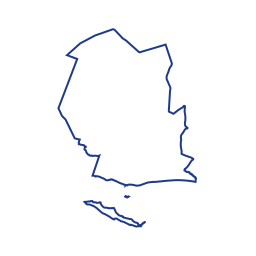 the district of Inhassoro, Inhambane, Mozambique, rotated 109°
{"feature_id": "85939544B58581363474884", "entity_name": "Inhassoro", "entity_type": "district", "adm_level": 2, "iso_a3": "MOZ", "parent_name": "Mozambique", "parent_adm1": "Inhambane", "projection": "equal_earth", "projection_center": [35.058, -21.718], "detail": "fine", "context": "isolated", "style": "outline", "palette": "blue", "viewbox_px": 256, "rotation_deg": 109, "n_neighbors": 0, "source": "geoboundaries", "source_scale": "gbopen_adm2", "svg_char_len": 5697}
<svg xmlns="http://www.w3.org/2000/svg" viewBox="0 0 256 256"><g transform="rotate(109 128 128)"><path d="M36.9,119.6L52.6,141.6L52.6,141.9L52.6,142.4L52.5,142.7L45.9,158.4L44.9,162.5L44.8,162.8L44.4,163.3L39.7,172.3L39.4,173.4L39.4,173.6L39.5,174.1L39.6,174.5L39.9,174.9L51.2,189.2L63.5,200.7L79.0,209.4L79.3,198.5L132.0,200.2L138.1,194.3L140.3,189.8L155.1,175.0L154.8,170.8L154.6,169.9L156.3,169.9L158.1,169.8L158.4,169.4L159.0,169.1L159.3,169.1L159.3,168.6L159.1,167.8L159.1,167.6L159.2,167.1L159.0,166.5L158.9,165.3L158.7,164.7L158.6,164.3L158.8,163.8L159.2,163.4L159.4,163.1L159.3,162.2L159.3,161.8L159.5,161.7L159.8,161.8L160.5,162.4L160.9,162.5L161.7,162.4L162.5,162.1L162.7,161.7L162.8,160.9L163.1,160.5L163.7,160.0L164.2,159.7L164.6,159.4L165.1,158.8L165.9,157.5L166.1,156.9L166.0,156.4L166.0,156.1L166.4,155.8L166.4,154.4L166.3,154.0L166.1,153.7L165.9,153.5L165.8,153.1L166.0,152.6L165.9,152.3L165.8,152.0L165.5,151.5L164.7,149.5L164.4,147.6L164.3,147.3L164.1,146.9L163.4,146.1L184.6,146.0L184.5,145.6L184.2,145.2L184.2,144.8L184.3,143.5L184.4,143.1L184.4,142.8L184.0,142.6L184.0,142.4L183.8,142.1L183.8,141.7L183.5,140.6L183.4,139.3L183.8,134.2L184.1,132.8L184.4,132.1L184.5,131.8L184.4,131.5L184.2,130.5L183.8,129.6L183.2,129.1L183.2,128.7L182.9,128.1L182.3,127.8L182.1,127.4L182.0,127.0L182.1,126.4L181.9,126.4L181.8,125.9L181.8,125.0L182.1,123.9L182.0,123.1L182.2,122.6L182.1,121.6L182.5,119.6L182.5,118.6L182.7,117.6L182.7,116.1L182.6,115.0L182.7,114.6L182.9,113.9L182.9,113.6L182.6,112.9L182.8,112.4L182.7,112.2L182.8,111.8L183.2,111.7L182.8,111.5L182.5,111.2L182.4,111.0L182.4,110.7L182.6,110.3L182.6,110.2L181.5,109.2L180.9,107.9L180.1,104.7L179.8,101.2L179.6,100.9L178.9,99.1L178.2,97.9L174.0,92.7L172.9,91.2L171.0,87.2L169.8,84.0L169.2,82.7L165.2,74.0L162.8,68.4L161.1,64.1L159.8,59.8L158.7,55.7L157.9,52.2L156.9,46.6L155.7,47.0L153.9,47.2L153.6,47.4L153.3,47.7L153.2,48.4L152.6,48.3L152.5,48.5L152.6,49.1L152.3,49.5L152.3,49.8L152.3,50.0L152.2,50.2L152.2,50.7L152.0,50.9L151.7,50.8L151.6,51.0L151.7,51.3L151.7,51.6L151.5,52.0L151.4,52.3L151.4,52.6L151.2,52.8L151.1,53.0L151.2,53.8L151.0,54.2L150.9,54.3L150.7,54.1L150.7,54.9L150.6,55.2L150.4,55.4L150.0,55.5L150.0,55.9L149.8,56.3L149.8,56.6L150.0,56.8L150.2,57.1L150.4,57.9L150.2,58.5L150.3,59.1L150.2,59.5L149.6,60.0L149.7,60.8L148.8,61.0L148.2,60.9L147.0,60.0L144.9,59.1L142.8,58.4L140.0,57.8L137.6,57.0L136.9,56.3L136.6,56.2L136.3,56.1L136.0,56.2L135.8,56.8L135.4,58.7L135.4,60.0L135.4,61.9L135.4,64.2L135.1,68.8L134.8,69.0L132.3,69.8L131.4,70.3L129.4,71.5L126.9,72.6L123.7,73.6L122.3,73.7L121.4,74.1L120.1,74.8L118.3,75.3L117.4,75.3L116.5,75.2L114.8,74.5L112.4,74.0L110.8,73.6L110.0,73.2L109.5,72.6L109.2,71.9L108.9,71.7L108.6,71.7L108.1,72.7L107.9,73.6L107.7,74.1L107.2,74.5L106.8,74.9L105.9,75.3L104.9,75.8L102.4,76.2L99.8,77.0L97.1,78.1L95.7,79.0L93.7,79.9L93.0,80.1L91.9,80.5L91.0,80.7L89.7,80.9L89.2,81.0L88.9,81.2L88.8,81.4L88.8,82.2L89.1,82.4L89.7,82.7L90.6,83.0L91.8,83.9L92.9,85.0L93.6,85.4L93.9,85.7L96.2,87.4L97.6,88.2L99.7,89.6L99.7,90.0L99.7,90.4L99.4,92.5L99.3,94.2L99.2,94.5L98.8,94.8L98.5,95.0L79.0,100.4L77.7,100.5L76.5,100.9L75.7,101.3L69.7,106.9L69.6,107.1L68.4,107.7L67.6,108.0L66.4,108.3L65.8,108.3L64.9,108.3L63.4,108.2L61.5,108.1L59.2,108.2L57.2,108.0L55.4,107.5L54.5,107.3L53.8,107.3L53.2,107.4L52.6,107.6L36.9,119.6ZM212.2,81.7L211.5,81.4L211.2,81.4L210.8,81.6L211.4,81.6L211.6,81.7L212.0,82.0L212.6,82.6L213.6,83.1L214.0,83.4L214.2,83.5L214.7,83.6L215.0,83.9L215.6,84.3L215.8,84.5L216.1,85.3L216.1,86.2L216.0,86.7L215.8,86.9L214.9,87.6L214.8,88.0L214.8,89.2L214.9,91.1L214.8,91.4L214.6,91.7L214.1,93.4L213.8,93.8L213.5,94.1L213.2,94.7L213.1,95.0L213.3,95.8L213.5,96.5L213.5,97.4L213.9,100.4L213.9,101.1L213.9,102.0L214.1,103.3L214.0,103.8L213.9,104.0L213.6,103.9L213.4,103.9L213.3,104.2L213.3,104.7L213.3,105.2L213.5,106.4L213.5,108.3L213.2,108.7L213.1,109.2L212.7,109.6L212.4,110.7L211.8,111.7L211.1,112.5L209.1,114.3L208.9,114.6L208.3,115.1L208.2,115.3L208.6,115.6L208.8,116.1L208.7,116.6L209.0,117.1L209.1,117.6L209.5,118.0L209.6,118.3L209.7,119.1L210.0,119.5L210.0,120.0L210.2,120.4L210.1,121.2L210.3,121.5L210.3,122.2L210.4,122.7L210.8,123.8L210.9,124.4L210.9,125.2L210.6,125.9L209.9,127.3L208.6,129.0L207.9,129.5L207.6,129.5L207.3,129.8L207.3,130.1L207.5,130.6L207.8,130.8L208.2,131.4L208.5,132.1L208.9,133.2L208.9,133.6L208.8,134.2L208.9,134.4L209.1,134.8L209.2,135.9L209.4,136.3L209.5,136.5L209.3,136.8L209.3,137.3L209.2,137.5L208.8,137.8L208.7,138.0L208.8,138.4L209.1,138.8L209.2,139.4L209.8,140.0L210.1,140.6L210.2,141.1L210.4,141.6L210.8,142.2L211.3,143.2L211.5,144.0L212.1,145.0L212.5,144.3L212.7,143.7L213.3,142.8L213.5,142.3L213.5,141.6L213.4,141.1L213.3,140.8L213.1,140.4L212.9,139.7L212.8,139.0L212.9,137.3L213.0,136.6L213.0,135.2L213.2,134.1L213.6,132.6L213.9,131.7L214.1,130.9L214.6,130.2L214.7,129.9L214.8,129.2L215.0,128.9L215.4,128.0L216.0,126.5L216.8,124.5L216.9,123.3L216.9,122.2L217.2,120.2L217.7,117.5L217.8,117.1L218.8,113.3L219.0,112.3L219.1,111.8L219.0,111.5L218.9,111.3L218.4,111.5L217.8,110.8L217.5,109.9L217.4,109.2L217.5,108.4L218.0,106.7L218.0,106.2L218.0,105.7L218.5,104.2L218.2,102.8L218.2,101.0L218.4,99.8L218.5,98.9L218.9,95.7L219.1,94.9L219.1,94.4L218.7,94.2L218.5,93.6L218.5,91.7L218.5,90.2L218.5,89.2L218.5,88.2L218.4,87.8L217.8,87.0L217.5,86.2L216.8,84.0L216.6,83.7L216.3,83.6L216.0,83.7L215.8,83.8L215.4,83.9L214.3,83.1L213.0,82.5L212.2,81.7ZM193.9,108.3L193.8,107.8L194.0,106.4L193.9,106.1L193.3,105.5L192.6,105.0L192.6,105.3L192.6,105.5L193.1,105.9L193.3,106.1L193.5,106.4L193.6,106.6L193.6,106.8L193.4,107.0L193.3,107.5L193.1,107.8L193.1,108.0L193.5,108.1L193.6,108.3L193.8,108.4L193.9,108.3Z" fill="none" stroke="#1e3a8a" stroke-width="2"/></g></svg>